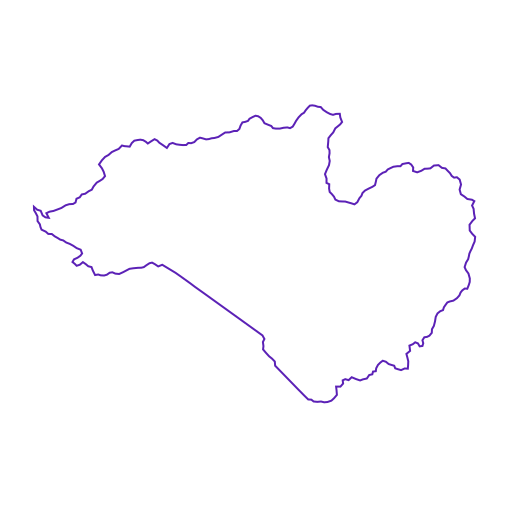 Nova Friburgo, Rio de Janeiro, Brazil, rotated 178°
{"feature_id": "56859067B93377286663386", "entity_name": "Nova Friburgo", "entity_type": "district", "adm_level": 2, "iso_a3": "BRA", "parent_name": "Brazil", "parent_adm1": "Rio de Janeiro", "projection": "robinson", "projection_center": [-42.493, -22.307], "detail": "fine", "context": "isolated", "style": "outline", "palette": "violet", "viewbox_px": 512, "rotation_deg": 178, "n_neighbors": 0, "source": "geoboundaries", "source_scale": "gbopen_adm2", "svg_char_len": 4446}
<svg xmlns="http://www.w3.org/2000/svg" viewBox="0 0 512 512"><g transform="rotate(178 256 256)"><path d="M208.8,110.8L205.7,110.5L203.5,108.6L199.9,108.1L196.1,108.3L192.9,107.4L189.6,107.6L185.7,108.8L183.0,111.1L180.0,114.4L180.2,119.1L180.5,122.7L176.2,122.5L173.4,125.5L173.7,128.7L171.1,129.8L167.8,128.7L164.6,131.5L160.3,129.5L156.3,128.0L153.4,129.0L149.5,129.7L147.0,133.1L143.9,133.7L143.1,136.4L140.3,136.7L139.8,139.6L137.9,142.9L135.4,145.2L133.0,146.9L129.9,145.8L127.2,143.4L124.7,142.5L121.7,141.5L120.8,138.9L118.4,138.0L115.0,136.9L111.3,138.4L108.2,138.1L107.8,141.5L107.5,145.5L108.2,149.0L109.1,152.9L105.3,155.8L105.8,161.1L102.3,162.4L99.9,164.2L97.2,163.0L95.6,160.0L92.8,160.3L91.9,163.0L92.6,166.0L90.6,168.9L87.9,169.2L85.5,170.3L83.0,173.1L82.7,176.7L80.7,179.9L79.4,184.3L78.5,188.9L76.6,192.3L73.8,194.4L71.0,195.4L70.0,198.2L68.3,200.5L66.4,202.9L63.9,203.8L60.3,204.5L56.7,206.8L54.1,209.5L52.8,212.4L51.1,214.4L48.5,216.2L46.0,215.9L44.4,219.5L43.3,222.6L43.1,226.1L44.3,231.1L46.7,234.6L47.9,237.6L46.3,242.1L44.1,245.4L43.3,248.2L42.7,250.9L41.4,253.6L40.1,255.9L38.7,259.3L37.0,262.8L36.3,267.5L39.2,270.7L41.5,274.0L41.5,279.8L38.4,283.6L35.8,286.0L36.6,290.7L36.9,295.6L38.3,298.9L35.9,303.2L38.2,304.7L42.8,305.6L45.7,308.2L49.1,310.6L50.2,315.3L48.6,320.3L49.8,325.3L52.5,327.7L55.3,327.4L57.6,329.2L59.2,332.0L61.6,334.6L63.6,336.9L67.1,337.6L70.4,340.4L75.0,340.2L78.7,337.5L81.6,337.3L84.5,337.3L87.8,335.4L92.0,334.0L96.1,335.5L95.8,339.0L97.7,342.0L100.1,343.7L102.8,343.4L106.5,342.8L108.5,340.7L111.7,340.8L115.6,340.4L118.9,339.0L121.3,337.9L123.4,335.7L126.3,334.8L129.9,332.5L132.9,329.1L133.6,326.2L134.6,322.7L137.2,321.1L140.9,319.5L144.8,317.6L147.4,315.2L148.5,312.5L150.6,310.2L152.9,306.2L155.8,304.2L158.8,305.3L162.2,306.4L164.9,307.3L168.0,307.5L171.3,307.8L174.7,309.6L176.0,312.6L178.1,315.3L180.1,317.4L180.6,320.8L180.3,325.2L183.0,326.6L182.8,330.9L184.2,335.4L182.4,339.4L179.9,344.2L179.0,348.4L179.7,352.3L178.9,356.1L178.9,359.3L180.5,362.3L179.8,367.8L179.5,371.2L177.0,374.2L174.5,376.8L172.3,380.8L169.5,382.9L167.3,384.6L165.3,386.9L166.9,391.5L167.3,395.2L171.1,395.2L174.1,394.4L176.9,395.3L180.1,397.1L183.7,399.7L186.1,402.6L189.0,403.0L191.8,404.1L194.5,404.6L196.9,404.4L199.0,402.4L201.2,400.0L203.0,397.5L205.5,396.1L208.6,393.1L211.2,389.7L213.0,386.7L214.8,384.0L217.5,382.6L220.2,383.4L223.9,383.2L227.7,382.5L231.6,382.6L234.6,383.2L236.2,385.4L239.2,386.7L242.9,388.4L244.5,391.4L246.5,393.9L249.0,395.6L251.6,396.2L254.5,395.0L257.7,393.4L259.3,391.3L262.2,390.4L264.9,390.0L266.8,387.0L268.2,383.5L270.6,381.6L273.7,381.7L278.1,380.5L282.5,380.5L285.7,378.6L289.5,376.3L293.4,375.4L296.3,375.2L299.0,374.5L301.8,374.3L305.4,375.5L307.9,376.2L311.0,374.6L313.7,372.0L316.9,371.0L319.7,371.3L321.8,369.4L325.1,369.4L328.3,369.8L331.8,370.4L335.4,371.9L338.6,370.9L341.3,367.1L345.1,370.0L348.7,372.6L350.6,374.8L353.3,376.3L357.3,374.0L360.2,372.2L362.1,374.0L364.7,375.7L367.6,376.3L370.5,376.0L373.6,375.5L376.2,373.2L378.4,369.7L381.2,370.1L383.7,370.4L386.1,371.1L389.5,367.8L393.1,366.4L396.5,364.9L399.9,362.1L403.4,360.3L406.6,357.1L409.7,353.0L406.9,349.0L405.3,345.5L404.1,341.1L406.6,338.3L409.4,336.6L412.6,334.9L415.9,331.2L417.8,328.0L420.9,326.6L424.5,324.2L428.0,323.6L430.1,320.8L433.4,319.5L434.5,315.8L437.0,314.4L440.9,314.3L444.5,313.3L448.8,310.8L452.0,309.7L456.8,308.1L460.8,307.5L464.0,306.1L461.8,301.4L465.1,302.0L467.8,304.0L469.6,308.7L473.1,309.9L476.2,312.9L476.2,309.5L474.5,306.4L473.0,303.2L473.1,298.5L470.9,295.2L470.4,292.5L469.4,289.8L465.3,287.7L462.8,285.3L459.3,285.1L456.5,282.7L453.4,280.8L451.1,279.2L448.1,278.3L445.2,276.1L441.7,274.6L438.3,272.6L434.9,270.1L431.0,268.4L429.7,264.6L431.5,262.4L434.4,260.5L438.0,259.0L439.6,256.4L437.3,254.4L435.6,252.5L432.4,253.4L429.2,255.9L426.5,253.9L424.0,251.6L420.8,250.7L419.6,247.2L417.5,242.6L414.3,243.0L411.9,242.1L408.5,241.8L405.7,242.5L402.8,244.4L400.1,244.7L397.2,243.3L393.4,242.8L389.3,244.5L385.8,246.2L382.9,247.6L379.3,248.0L374.6,248.3L371.0,248.3L368.5,248.8L366.0,250.5L362.7,252.5L360.1,253.0L357.4,251.4L354.1,249.0L350.0,250.5L337.0,242.0L332.9,238.9L322.4,230.8L318.1,227.3L309.1,220.4L306.9,218.7L302.0,214.9L281.2,198.8L269.2,189.5L252.3,176.4L250.5,172.8L252.1,169.8L251.7,165.7L252.2,162.4L249.7,159.2L246.4,155.3L243.6,152.9L240.9,149.9L240.7,145.7L218.4,121.1L212.6,114.8L208.8,110.8Z" fill="none" stroke="#5b21b6" stroke-width="2"/></g></svg>